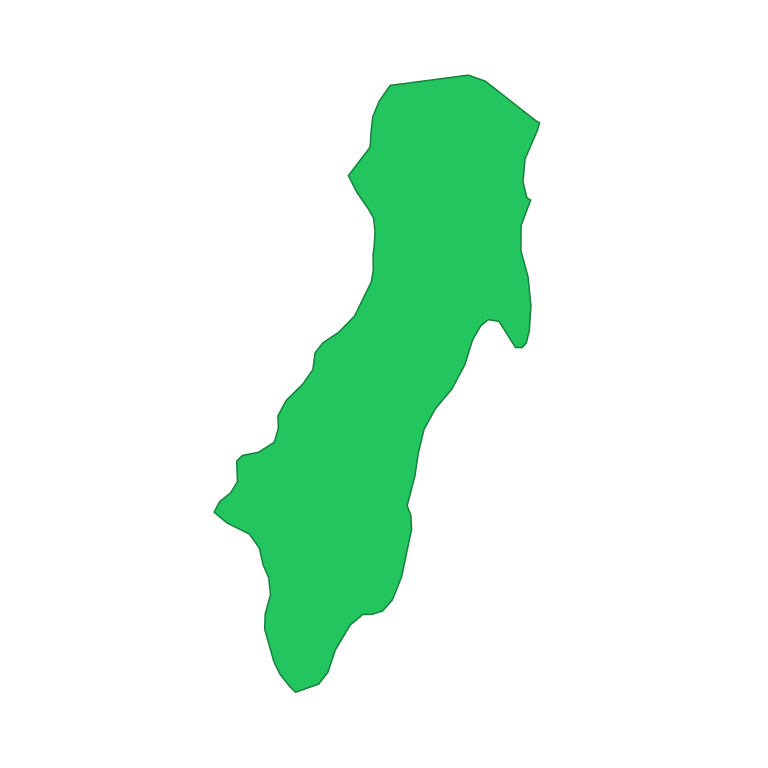 outline of Namentenga, rotated 203°
{"feature_id": "BFA-2824", "entity_name": "Namentenga", "entity_type": "Province", "adm_level": 1, "iso_a3": "BFA", "parent_name": "Burkina Faso", "parent_adm1": "", "projection": "natural_earth1", "projection_center": [-0.489, 13.195], "detail": "fine", "context": "isolated", "style": "filled", "palette": "green", "viewbox_px": 768, "rotation_deg": 203, "n_neighbors": 0, "source": "natural_earth", "source_scale": "10m", "svg_char_len": 1185}
<svg xmlns="http://www.w3.org/2000/svg" viewBox="0 0 768 768"><g transform="rotate(203 384 384)"><path d="M342.9,685.2L341.9,677.6L342.1,646.2L335.0,624.4L325.3,611.3L320.9,610.6L319.7,583.4L310.2,560.4L293.2,538.8L279.3,513.4L271.0,489.7L269.0,477.1L271.3,471.4L277.2,469.0L302.7,486.6L313.2,483.9L317.6,475.5L319.7,459.3L317.1,433.2L319.5,406.1L327.1,381.0L329.4,357.8L325.4,333.7L319.6,311.4L315.1,281.0L308.1,273.8L301.8,261.0L292.5,213.5L291.9,188.6L296.6,174.5L305.3,167.1L313.4,163.6L320.9,148.9L324.9,120.2L323.0,96.6L326.9,82.2L345.0,65.7L351.6,68.2L366.2,76.1L376.7,85.2L398.0,111.6L403.5,125.8L406.2,145.9L414.5,160.7L424.6,170.3L434.7,184.3L449.5,193.3L474.1,194.7L490.3,199.6L489.3,211.7L482.7,223.7L480.7,236.7L487.8,252.0L489.4,255.6L486.4,262.9L472.9,272.1L462.3,287.4L463.9,301.9L469.2,313.2L467.6,330.7L458.7,352.4L455.1,369.4L459.6,385.6L456.4,397.9L445.8,414.2L437.7,434.9L435.6,473.1L438.4,484.7L444.7,499.0L446.7,506.5L452.0,521.3L458.5,532.7L467.0,539.2L483.6,549.6L498.2,561.9L489.4,596.2L491.3,602.4L494.0,609.5L498.7,625.4L499.0,642.2L495.0,661.3L427.0,701.3L408.8,702.3L346.9,685.6L342.9,685.2Z" fill="#22c55e" stroke="#15803d" stroke-width="1.5"/></g></svg>